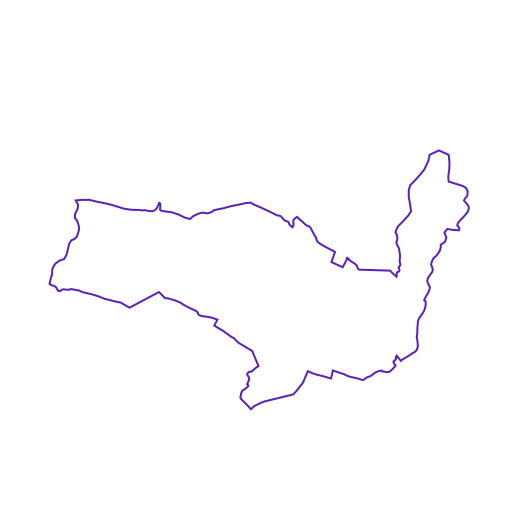 outline of Teteles de Avila Castillo, Puebla, Mexico, rotated 195°
{"feature_id": "50627088B73546820144927", "entity_name": "Teteles de Avila Castillo", "entity_type": "district", "adm_level": 2, "iso_a3": "MEX", "parent_name": "Mexico", "parent_adm1": "Puebla", "projection": "albers", "projection_center": [-97.454, 19.852], "detail": "fine", "context": "isolated", "style": "outline", "palette": "violet", "viewbox_px": 512, "rotation_deg": 195, "n_neighbors": 0, "source": "geoboundaries", "source_scale": "gbopen_adm2", "svg_char_len": 6056}
<svg xmlns="http://www.w3.org/2000/svg" viewBox="0 0 512 512"><g transform="rotate(195 256 256)"><path d="M444.5,263.0L441.1,259.5L440.5,255.5L441.6,250.0L441.1,247.1L440.8,245.8L439.0,244.7L437.1,242.7L434.7,238.7L433.8,235.5L433.8,231.3L434.3,227.6L436.0,225.2L438.4,223.4L439.6,219.7L439.5,214.6L439.3,211.4L439.4,207.7L440.5,203.5L444.8,200.5L447.9,196.6L449.2,192.1L449.2,189.3L448.2,185.8L448.4,181.2L448.2,175.6L445.4,174.8L443.5,174.8L441.2,174.2L440.0,173.0L438.9,171.8L437.8,171.0L436.1,171.5L434.9,172.9L433.6,174.0L430.3,174.4L428.5,174.8L427.6,175.4L426.2,176.1L424.3,176.3L422.6,176.5L419.7,176.6L418.6,177.0L414.0,176.2L404.9,176.5L398.1,176.3L391.0,175.5L385.5,175.6L380.5,175.6L374.4,176.0L369.0,174.4L364.7,173.4L340.4,196.1L333.1,191.8L330.1,192.3L323.1,192.2L317.4,191.5L312.8,190.0L307.8,188.8L300.7,187.6L298.9,187.2L297.5,186.1L296.8,184.9L295.2,184.1L292.0,184.0L288.8,184.5L283.4,185.0L276.8,184.6L278.3,178.0L267.4,174.8L258.9,171.5L256.3,171.0L250.6,167.7L235.1,163.3L225.1,150.3L225.4,150.0L227.2,147.9L228.4,146.3L229.3,144.6L231.1,142.8L231.5,142.7L232.4,142.5L232.8,142.3L233.4,141.3L233.7,140.4L233.9,139.3L232.7,138.1L231.4,136.9L230.7,135.4L230.6,134.7L231.1,131.7L231.2,130.4L231.4,129.9L229.8,128.9L230.0,128.0L230.4,127.3L231.2,126.0L232.4,124.5L234.2,122.7L234.6,121.2L234.8,119.6L234.6,116.9L234.5,115.3L233.6,114.2L229.2,111.6L226.5,110.1L223.9,108.4L221.2,106.7L218.8,110.6L214.0,114.8L211.8,116.6L210.5,117.5L184.1,132.0L181.7,136.7L179.5,142.0L178.2,144.9L177.9,145.5L176.1,158.1L171.4,157.4L166.0,157.1L158.9,157.3L152.0,157.0L151.9,158.1L151.9,161.3L152.0,163.9L152.1,165.0L152.2,165.3L144.1,164.8L140.1,164.6L139.3,164.4L138.2,164.1L136.4,163.9L134.5,163.7L132.7,163.7L130.5,163.8L129.4,163.9L127.9,164.0L126.2,164.0L121.6,163.8L120.9,163.8L119.5,164.8L118.7,165.8L117.8,167.0L116.7,168.0L115.8,168.5L115.5,168.8L115.1,169.1L114.5,169.5L113.9,170.1L113.4,170.7L113.1,171.1L112.6,171.6L112.3,172.1L111.7,173.1L110.5,174.4L109.5,175.2L109.1,175.5L108.4,176.0L107.9,176.4L107.1,176.8L106.7,177.1L106.2,177.3L105.7,177.6L105.1,177.8L104.8,177.9L104.1,177.2L102.8,177.5L101.1,177.6L99.8,177.6L98.6,178.0L97.6,178.4L96.8,179.3L96.1,180.0L95.3,181.4L93.9,183.8L93.2,185.2L92.8,186.1L93.6,186.9L94.4,187.5L95.1,188.2L95.8,189.2L95.7,190.2L94.9,190.9L94.5,191.9L94.3,192.1L94.2,192.3L94.3,192.4L94.4,192.7L94.4,193.3L94.3,193.7L94.5,194.0L94.2,194.1L94.3,194.5L94.5,194.9L94.6,195.7L94.3,196.2L88.9,192.2L88.1,193.5L86.9,194.9L84.5,197.2L81.9,199.9L79.9,202.4L77.3,204.9L76.3,207.6L76.3,210.7L77.8,215.2L79.7,219.0L80.2,223.1L81.3,227.5L81.9,230.7L82.6,234.6L82.5,237.3L81.9,239.4L81.2,241.2L80.2,243.8L79.4,247.1L79.2,251.3L80.3,255.9L82.2,257.0L81.2,261.8L80.2,264.5L79.8,268.7L79.9,271.0L81.3,272.2L84.2,276.1L84.1,279.6L82.8,283.2L81.7,286.0L81.6,288.3L82.9,290.7L84.7,293.1L84.7,296.3L84.0,299.8L81.9,302.8L81.2,304.6L79.8,308.5L79.8,312.2L80.5,314.6L79.3,316.1L77.1,318.6L76.8,322.9L80.1,327.5L78.2,331.6L72.1,332.2L66.6,333.4L66.9,335.7L69.6,337.8L69.3,340.7L67.4,344.5L64.8,349.0L62.8,353.9L62.8,357.5L64.0,359.6L69.5,363.5L69.1,365.2L67.5,368.7L68.2,373.1L70.6,376.0L73.5,376.9L75.0,377.2L89.2,377.7L90.6,381.7L91.4,386.3L91.8,390.1L93.4,396.7L96.1,403.6L106.7,405.3L114.5,398.7L114.1,393.1L115.8,383.1L118.8,376.5L122.3,369.6L125.4,364.2L125.5,359.3L123.9,353.0L120.6,345.9L117.8,339.3L119.4,334.4L123.9,325.8L126.4,321.6L127.2,318.1L127.4,314.7L125.3,312.9L125.1,311.6L124.8,311.5L124.7,311.3L124.5,311.1L124.4,311.0L124.3,310.4L124.2,310.2L124.2,309.8L124.1,309.5L124.0,309.2L124.0,308.9L123.9,308.5L123.8,307.9L123.8,307.3L124.0,306.5L123.9,305.7L123.7,305.2L123.5,304.6L121.8,302.3L121.2,301.8L120.6,301.3L120.0,300.4L119.7,299.8L119.2,299.1L118.8,298.2L118.6,297.2L117.5,295.2L117.1,293.8L116.6,292.4L116.5,291.5L116.4,290.9L116.3,290.4L116.2,289.8L116.2,289.2L115.9,288.2L115.7,287.8L115.4,287.1L114.6,285.8L114.4,285.6L114.4,284.8L114.4,284.1L114.5,283.8L114.6,283.4L114.9,282.8L115.2,282.5L115.2,282.3L115.3,282.0L115.2,281.8L115.0,281.5L114.7,281.2L114.5,280.9L114.3,280.6L114.0,280.1L113.9,279.7L113.8,279.3L113.7,278.9L113.7,278.7L113.7,278.4L113.8,278.2L114.1,277.8L114.3,277.6L114.6,277.4L114.9,277.2L115.4,277.0L115.6,276.8L115.6,276.2L115.5,275.9L115.5,275.5L115.4,274.7L115.4,274.3L115.1,273.9L115.0,273.6L115.1,273.0L115.0,272.8L115.0,272.4L118.8,274.3L121.4,275.7L122.6,276.6L152.8,269.5L153.1,269.6L153.5,269.8L153.8,269.9L154.4,270.3L154.6,270.5L154.8,270.7L155.0,271.1L155.2,271.4L155.4,271.7L155.8,272.3L156.1,272.7L156.6,273.1L157.3,273.5L158.5,274.1L161.5,275.1L165.5,276.5L165.5,277.1L167.0,277.4L167.4,277.9L167.6,277.7L167.6,275.7L168.0,273.1L169.4,267.6L181.5,269.6L181.5,270.2L180.7,280.4L188.7,282.2L191.4,282.8L193.7,283.4L196.5,284.2L199.2,285.1L200.8,286.2L202.2,288.1L202.9,289.5L204.6,291.0L206.8,293.2L208.2,294.8L208.7,295.3L209.3,295.9L209.7,296.4L210.6,297.3L211.4,297.9L212.5,298.4L213.6,298.4L214.6,298.6L215.7,298.8L220.9,301.6L223.3,302.6L226.4,304.4L227.8,302.9L228.8,301.3L229.2,300.2L228.8,298.5L228.1,297.1L227.9,295.8L227.9,294.0L228.4,293.2L230.3,294.2L232.0,295.2L233.1,297.0L234.3,297.5L237.6,297.7L240.2,299.5L242.2,300.7L243.6,301.0L246.1,300.7L247.8,301.0L251.7,301.9L256.1,302.7L263.5,304.0L270.5,305.0L274.0,305.8L274.9,306.2L279.5,304.5L288.4,299.9L291.4,298.5L296.5,295.7L299.4,293.9L305.1,291.1L308.5,289.2L309.8,287.6L311.0,286.4L312.6,285.4L314.4,284.5L316.2,284.3L318.4,284.2L319.2,283.9L322.7,281.9L326.9,278.3L329.3,274.6L334.4,274.7L338.2,275.3L341.1,276.0L344.9,276.2L349.2,276.4L355.6,275.5L359.5,275.3L360.2,275.6L360.9,276.4L361.0,278.0L361.5,280.1L361.9,281.4L362.4,282.1L363.1,282.4L363.5,282.0L363.5,281.0L363.6,279.5L363.9,277.7L364.4,276.1L364.9,275.1L366.0,273.6L367.7,272.5L369.6,272.0L371.7,271.7L374.2,271.6L375.3,271.5L377.3,270.7L378.3,270.5L379.8,270.4L382.1,269.9L385.3,269.1L386.8,268.7L389.0,268.3L392.2,267.9L395.0,267.6L397.2,267.6L402.2,267.8L408.6,268.0L413.8,267.9L419.3,267.6L423.7,267.3L426.9,267.2L431.7,267.1L434.9,266.1L438.3,265.3L441.6,264.1L444.5,263.0Z" fill="none" stroke="#5b21b6" stroke-width="2"/></g></svg>